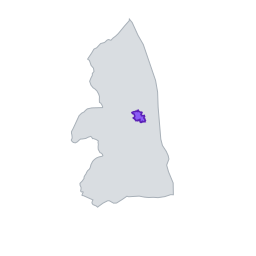 location of Jo River, River Cess, Liberia, rotated 223°
{"feature_id": "62588387B78382325144882", "entity_name": "Jo River", "entity_type": "district", "adm_level": 2, "iso_a3": "LBR", "parent_name": "Liberia", "parent_adm1": "River Cess", "projection": "albers", "projection_center": [-9.507, 6.035], "detail": "fine", "context": "in_parent", "style": "filled", "palette": "violet", "viewbox_px": 256, "rotation_deg": 223, "n_neighbors": 0, "source": "geoboundaries", "source_scale": "gbopen_adm2", "svg_char_len": 4124}
<svg xmlns="http://www.w3.org/2000/svg" viewBox="0 0 256 256"><g transform="rotate(223 128 128)"><path d="M49.3,110.1L51.3,108.4L54.3,102.9L58.5,97.6L62.4,94.4L65.5,91.2L68.8,88.7L73.4,85.8L80.6,78.2L82.3,77.3L83.4,72.1L85.2,65.3L87.3,63.2L92.2,62.0L93.3,60.8L95.0,56.1L96.1,50.6L96.2,49.4L98.1,49.3L101.4,48.1L103.3,48.6L104.2,50.2L104.6,51.5L114.5,48.1L115.4,47.4L115.9,47.5L117.1,50.6L117.8,50.4L118.4,49.5L119.1,49.4L119.9,49.9L120.7,51.3L121.9,52.6L124.1,53.5L125.4,54.8L125.3,58.1L125.8,61.3L126.7,62.1L127.2,64.0L127.5,66.1L128.0,67.2L128.4,69.3L128.2,71.6L128.6,73.2L130.1,76.0L131.1,79.5L131.1,82.0L130.6,84.6L129.5,87.0L127.7,89.6L127.5,90.6L128.6,91.3L130.3,91.4L131.7,90.9L135.2,92.1L137.0,93.8L138.6,95.9L140.1,97.0L140.8,98.3L143.3,97.9L146.1,96.7L146.7,96.0L147.6,96.4L149.5,96.5L150.8,94.2L151.8,91.5L154.1,88.6L155.2,87.5L155.5,85.7L155.6,83.3L156.4,81.2L158.2,80.1L160.2,80.1L161.3,80.5L161.9,82.5L163.5,84.0L164.9,85.1L165.6,85.5L166.8,86.7L167.9,90.7L172.2,103.7L172.0,107.3L171.1,109.7L171.1,112.0L170.8,114.2L168.2,118.0L160.5,125.6L161.1,126.3L162.9,127.1L164.8,127.6L166.4,127.3L168.3,129.2L170.4,131.6L172.6,132.8L175.8,133.9L178.6,134.0L181.0,133.6L184.3,134.1L187.9,136.0L189.2,139.3L190.0,142.2L191.3,143.6L191.4,146.1L194.0,148.2L197.6,148.6L202.3,151.1L203.5,151.0L204.0,150.7L204.6,151.2L205.8,158.5L206.7,162.4L206.2,163.9L205.6,165.2L205.6,171.1L203.5,174.5L203.2,178.2L202.6,179.4L200.3,180.5L200.3,183.4L199.7,186.8L199.5,190.5L200.1,200.1L200.3,207.3L201.3,208.6L196.9,208.0L183.9,202.6L173.8,199.5L140.3,181.6L130.9,174.5L120.2,163.8L96.4,142.2L90.9,138.7L84.1,137.0L79.8,135.2L76.9,133.2L74.4,127.2L68.5,123.6L57.5,118.6L49.3,110.1Z" fill="#d9dde1" stroke="#a8b0b8" stroke-width="1"/><path d="M135.7,142.0L135.5,141.9L135.3,141.8L134.8,141.7L134.3,141.7L134.2,141.7L133.7,142.0L133.4,142.3L133.2,142.2L132.7,142.2L132.4,142.0L132.3,141.9L131.8,141.7L131.7,141.7L131.2,141.4L131.0,141.1L130.8,140.9L130.7,140.7L130.9,139.7L130.9,139.1L131.0,139.0L130.7,138.8L130.4,139.1L130.1,139.0L129.8,139.4L129.6,139.4L129.3,139.3L129.0,139.0L128.9,139.0L128.6,139.0L128.4,138.9L128.2,138.9L127.9,139.0L127.8,138.9L127.7,138.9L127.7,139.0L127.5,138.9L127.5,139.0L127.4,139.0L127.2,139.1L126.9,139.1L126.7,139.3L126.5,139.5L126.4,139.6L126.3,139.8L126.2,139.9L126.1,140.1L126.1,140.3L125.9,140.2L125.9,140.3L125.8,140.5L125.7,140.6L125.8,140.7L125.9,140.8L125.8,141.0L125.7,141.1L125.4,141.2L125.3,141.3L125.3,141.5L125.2,141.5L125.3,141.7L125.3,141.9L125.2,142.0L125.2,142.4L125.1,142.5L125.0,142.4L124.9,142.3L124.8,142.2L124.7,142.0L124.7,141.9L124.6,141.7L124.6,141.4L124.5,141.5L124.4,141.3L124.3,141.2L124.2,141.2L123.9,141.2L123.7,141.2L123.4,141.0L123.3,140.9L123.2,140.8L123.0,140.7L122.9,140.8L122.7,140.8L122.7,141.0L122.4,141.2L122.2,141.1L122.0,141.3L121.9,141.4L121.9,141.5L122.0,141.5L122.0,141.8L121.8,141.9L121.8,142.1L122.0,142.1L122.2,142.3L122.1,142.5L122.0,142.4L121.9,142.4L121.8,142.5L121.7,142.7L121.7,142.8L121.4,142.8L121.4,143.0L121.5,143.0L121.4,143.0L121.2,143.0L120.9,143.1L120.8,143.3L120.7,143.5L120.7,143.4L120.6,143.5L120.4,143.6L120.3,143.8L120.2,143.9L120.3,143.9L120.3,144.0L120.5,144.4L120.5,144.7L120.5,144.8L120.4,144.8L120.2,144.9L120.2,145.0L120.3,145.1L120.3,145.3L120.8,145.4L121.1,145.5L121.4,145.9L121.8,146.1L122.1,145.9L122.4,146.0L122.7,146.0L123.1,146.0L123.3,146.2L123.6,146.6L123.7,146.8L123.5,147.2L123.5,147.4L123.8,147.8L124.0,147.8L124.3,148.0L124.5,148.2L124.7,148.3L124.9,148.0L124.9,147.9L125.0,147.7L125.4,147.2L125.7,146.9L125.7,147.1L126.1,146.8L126.4,146.6L127.0,146.6L127.4,146.5L127.6,146.5L127.8,146.7L127.8,147.2L127.8,147.6L128.0,147.9L128.2,148.2L128.2,148.7L128.5,148.7L128.7,148.9L128.9,148.8L128.8,148.3L128.8,148.2L129.0,148.1L129.7,148.0L129.9,148.0L130.0,148.0L130.4,147.9L130.7,147.8L131.2,147.6L131.6,147.6L132.0,147.8L132.6,148.0L132.7,147.6L133.2,147.2L133.1,146.9L132.7,146.8L132.3,146.8L132.2,146.6L132.4,146.4L132.6,146.3L132.8,146.3L132.9,146.2L133.4,145.9L133.8,145.7L133.8,145.1L134.2,144.6L134.9,143.9L135.1,143.4L135.3,142.8L135.6,142.4L135.7,142.0Z" fill="#8b5cf6" stroke="#5b21b6" stroke-width="1.5"/></g></svg>